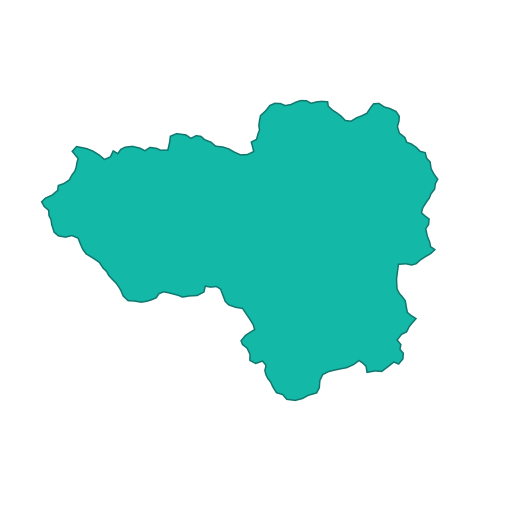 outline of Mercês, Minas Gerais, Brazil, rotated 256°
{"feature_id": "56859067B39060199569900", "entity_name": "Mercês", "entity_type": "district", "adm_level": 2, "iso_a3": "BRA", "parent_name": "Brazil", "parent_adm1": "Minas Gerais", "projection": "robinson", "projection_center": [-43.332, -21.177], "detail": "fine", "context": "isolated", "style": "filled", "palette": "teal", "viewbox_px": 512, "rotation_deg": 256, "n_neighbors": 0, "source": "geoboundaries", "source_scale": "gbopen_adm2", "svg_char_len": 2944}
<svg xmlns="http://www.w3.org/2000/svg" viewBox="0 0 512 512"><g transform="rotate(256 256 256)"><path d="M156.2,224.8L151.8,229.7L152.5,236.9L147.3,239.3L142.8,236.9L138.5,236.9L134.1,237.9L130.2,239.7L124.8,240.7L118.4,242.8L115.1,248.4L109.5,251.2L106.4,259.2L106.5,266.6L108.2,273.1L108.5,281.7L112.7,285.5L119.7,287.8L124.8,292.0L126.3,298.5L126.3,304.7L126.1,310.0L125.7,317.1L127.1,324.5L129.7,330.7L126.1,333.8L122.4,336.1L116.2,335.6L115.7,343.7L113.6,350.1L116.9,357.8L119.8,364.1L116.7,368.2L120.6,373.6L126.1,375.4L130.6,373.1L135.0,375.1L140.4,372.6L144.8,378.3L145.9,383.7L150.3,387.4L153.6,391.8L156.5,396.1L161.1,391.8L164.6,389.2L169.8,389.5L176.4,390.0L181.0,388.1L184.8,386.1L189.7,384.9L194.9,385.8L200.0,386.9L206.6,389.5L213.5,392.2L212.2,399.5L209.6,404.9L209.8,409.6L212.3,414.2L214.2,419.6L216.1,426.1L218.9,431.1L222.9,427.6L227.5,427.9L233.5,427.0L241.4,427.3L244.9,431.1L250.0,432.9L254.0,429.6L257.9,427.0L262.6,429.6L267.1,434.4L270.3,438.2L274.0,440.8L277.7,445.5L282.8,447.5L286.5,450.9L292.3,448.5L298.3,447.0L305.2,447.7L309.6,445.2L315.3,445.2L317.9,440.5L322.7,437.7L327.1,433.9L329.9,429.7L335.0,429.1L340.5,424.8L347.3,424.5L352.2,427.3L356.9,428.8L362.4,426.8L366.8,421.4L369.5,416.6L374.3,412.2L375.2,406.9L372.0,402.8L367.7,398.2L366.4,392.2L365.8,387.1L363.8,380.8L365.9,375.4L370.8,372.6L374.8,369.5L378.8,365.7L383.9,362.3L388.3,362.8L390.1,357.3L390.9,352.1L390.8,346.5L394.5,342.4L396.0,336.9L395.6,331.8L394.5,326.4L394.9,320.7L398.0,316.6L399.6,311.1L398.7,305.9L394.5,300.5L391.1,294.3L386.1,292.0L381.9,290.3L377.4,289.9L374.0,287.5L369.0,284.7L367.7,279.0L363.3,279.1L357.9,279.1L356.5,272.2L357.8,265.5L362.2,259.9L366.4,255.6L369.9,249.9L372.3,243.4L377.4,239.8L381.2,234.4L385.4,231.5L387.2,227.1L385.9,221.3L390.5,217.2L393.9,208.5L392.9,201.9L387.0,199.6L380.1,196.1L381.7,189.1L384.5,185.5L387.0,179.4L385.0,173.7L388.8,169.4L392.3,162.5L393.2,155.4L392.1,150.5L388.8,146.7L392.5,142.9L387.4,138.7L386.3,132.3L391.9,128.3L397.2,123.2L401.1,117.8L403.4,113.0L405.6,108.4L402.0,103.0L397.9,105.0L393.6,107.0L389.6,104.7L385.6,103.0L382.1,100.7L379.2,97.1L375.0,93.3L372.8,87.2L372.2,81.2L367.7,79.5L364.4,72.9L363.1,65.7L360.4,61.1L355.4,62.4L350.4,65.9L345.2,64.9L341.1,65.9L335.7,65.4L327.9,65.9L323.3,69.2L320.4,75.7L320.4,82.3L316.4,87.7L309.1,88.7L303.8,89.7L299.0,91.8L295.2,95.6L291.8,98.9L287.6,102.5L281.2,104.7L277.1,107.3L272.8,108.4L268.2,110.9L263.5,113.7L259.5,115.3L255.5,116.5L249.3,117.5L243.6,121.1L241.8,127.0L239.0,133.4L238.5,139.3L238.8,144.2L239.6,149.1L242.9,152.6L243.6,157.7L241.6,162.0L239.4,166.1L236.7,171.0L233.9,174.8L233.4,181.5L231.9,189.4L233.7,196.8L239.0,199.5L236.8,204.4L236.0,210.1L232.5,213.6L225.9,214.4L219.3,215.2L215.1,217.8L211.0,224.1L208.4,230.3L202.8,232.3L196.0,234.8L190.1,236.7L185.0,236.9L183.2,231.5L181.5,226.6L177.4,221.0L173.3,221.5L168.8,225.1L162.0,226.4L156.2,224.8Z" fill="#14b8a6" stroke="#0f766e" stroke-width="1.5"/></g></svg>